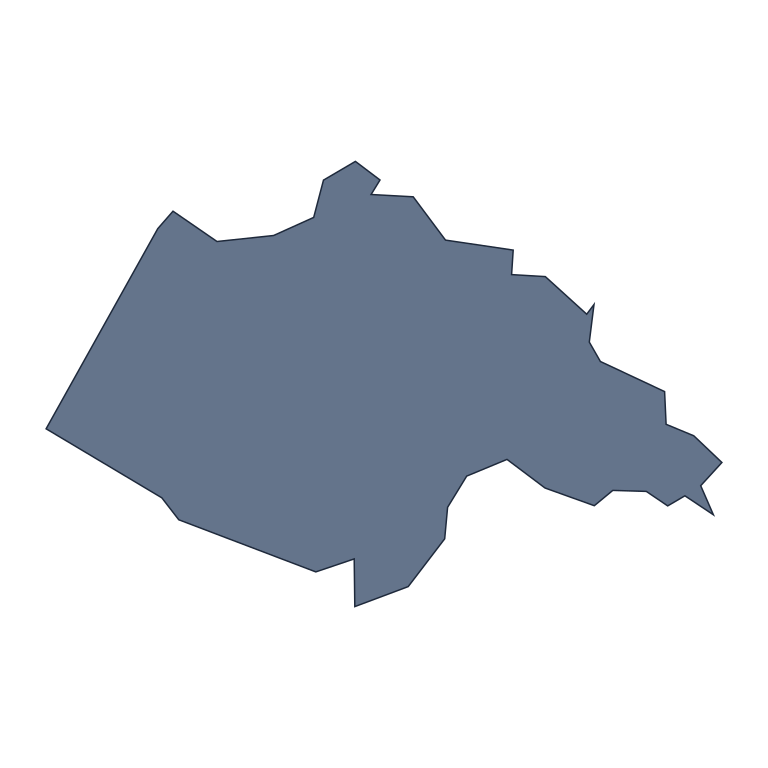 Wolfe, Kentucky, United States of America
{"feature_id": "52423323B59617184905831", "entity_name": "Wolfe", "entity_type": "district", "adm_level": 2, "iso_a3": "USA", "parent_name": "United States of America", "parent_adm1": "Kentucky", "projection": "mercator", "projection_center": [-83.426, 37.741], "detail": "fine", "context": "isolated", "style": "filled", "palette": "slate", "viewbox_px": 768, "rotation_deg": 0, "n_neighbors": 0, "source": "geoboundaries", "source_scale": "gbopen_adm2", "svg_char_len": 635}
<svg xmlns="http://www.w3.org/2000/svg" viewBox="0 0 768 768"><path d="M157.8,228.6L46.1,428.8L161.8,497.8L178.8,519.8L315.8,571.9L354.2,558.9L354.8,606.6L408.2,586.6L444.7,538.8L447.6,507.3L466.7,476.1L507.0,459.4L545.0,488.0L594.3,505.7L612.8,490.4L646.3,491.4L667.7,505.9L684.9,495.8L713.4,514.8L700.7,485.7L721.9,462.5L693.8,435.8L666.1,424.3L664.6,391.6L600.4,361.5L589.3,342.1L594.0,304.5L586.7,314.2L545.3,276.6L511.6,274.6L513.2,250.1L445.5,240.1L413.2,196.8L371.1,194.5L380.0,180.0L355.4,161.4L323.5,180.1L313.7,217.4L273.6,235.5L217.0,241.5L173.0,211.2L157.8,228.6Z" fill="#64748b" stroke="#1e293b" stroke-width="1.5"/></svg>